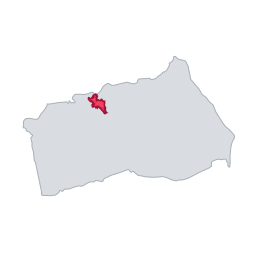 location of Nanumba South, Northern, Ghana, rotated 259°
{"feature_id": "2480657B24752518727633", "entity_name": "Nanumba South", "entity_type": "district", "adm_level": 2, "iso_a3": "GHA", "parent_name": "Ghana", "parent_adm1": "Northern", "projection": "natural_earth1", "projection_center": [0.077, 8.766], "detail": "fine", "context": "in_parent", "style": "filled", "palette": "rose", "viewbox_px": 256, "rotation_deg": 259, "n_neighbors": 0, "source": "geoboundaries", "source_scale": "gbopen_adm2", "svg_char_len": 6379}
<svg xmlns="http://www.w3.org/2000/svg" viewBox="0 0 256 256"><g transform="rotate(259 128 128)"><path d="M154.6,26.8L156.3,28.7L156.7,29.9L156.1,34.0L154.8,36.9L154.0,39.7L154.1,41.0L154.9,42.4L157.6,44.5L158.9,45.9L160.6,48.1L162.4,50.1L165.6,52.8L167.0,53.3L166.9,54.0L166.5,55.1L166.2,65.1L165.9,67.7L165.7,69.0L165.4,72.7L165.1,73.2L164.5,73.2L163.9,73.3L163.8,74.1L164.0,74.8L165.9,75.4L165.5,75.9L164.1,76.5L163.4,77.6L163.7,78.9L162.9,79.9L163.1,80.6L163.6,81.1L164.5,80.9L166.7,79.2L167.7,79.0L168.8,79.4L171.0,82.0L171.1,83.3L170.2,87.7L169.3,91.1L169.2,95.6L170.1,98.2L170.0,99.6L169.0,100.8L166.8,102.5L166.9,103.7L167.9,105.9L169.8,108.4L173.5,111.5L175.4,115.5L175.5,117.1L174.3,118.8L173.0,120.2L172.6,122.2L173.2,135.6L170.3,141.5L170.3,143.1L170.6,145.0L171.3,146.2L172.8,146.5L174.0,147.7L173.6,151.7L173.0,155.9L172.9,157.9L172.5,158.9L171.3,159.7L170.9,161.0L171.2,162.6L171.0,163.8L171.6,165.3L172.9,167.3L175.1,172.1L175.9,172.5L176.3,173.5L176.0,174.5L176.9,176.6L179.2,178.7L181.7,180.6L183.7,180.8L184.2,182.5L185.5,184.6L186.5,185.5L188.0,186.1L189.3,186.5L189.3,188.2L187.1,189.5L185.5,191.3L184.4,194.1L182.8,197.2L177.2,198.8L175.1,198.8L163.6,198.9L153.0,205.0L146.8,207.1L143.0,210.6L137.9,213.0L134.4,215.9L127.0,217.3L114.9,222.0L111.1,223.8L107.2,227.0L101.0,230.8L98.5,230.8L93.7,227.2L90.0,225.5L81.0,222.8L74.3,221.7L71.1,220.6L70.2,220.4L71.0,219.1L72.8,219.0L74.8,219.4L76.3,218.4L78.5,218.3L79.0,217.3L79.2,214.7L79.2,212.7L80.0,211.7L80.2,209.3L79.1,203.9L78.3,203.3L74.4,202.6L74.1,201.5L73.4,200.4L72.7,197.6L71.8,193.5L70.5,188.4L67.9,179.9L67.2,177.0L66.8,173.9L66.7,170.3L67.2,168.9L67.1,167.1L66.9,165.2L68.8,160.9L72.4,155.7L73.2,153.8L73.8,152.4L73.9,150.5L74.6,144.4L76.4,137.0L77.4,134.2L78.2,132.7L79.1,130.2L79.3,129.1L82.7,126.2L84.2,125.4L84.5,124.3L84.0,123.0L84.2,122.2L85.0,121.7L86.3,121.4L87.2,120.2L85.8,111.1L84.7,102.0L84.6,101.2L83.9,99.9L83.3,96.2L82.1,94.0L80.6,93.3L80.6,91.3L82.2,87.8L82.6,85.7L81.8,85.1L81.7,83.5L82.3,80.9L82.0,79.3L81.7,77.6L80.1,73.7L79.7,70.8L80.5,69.2L80.5,65.6L79.6,60.0L79.5,56.5L80.1,55.0L79.8,53.6L78.6,52.3L78.5,51.0L79.6,49.8L79.4,48.8L78.2,48.1L77.0,46.3L76.0,43.6L76.3,39.3L78.2,31.3L78.4,30.6L80.6,30.6L80.6,31.0L87.3,30.9L94.9,30.8L104.0,30.7L112.3,30.6L112.7,30.2L114.1,29.8L122.5,30.6L127.7,30.2L129.9,30.5L131.6,31.0L135.2,30.7L137.1,30.9L138.6,32.9L139.2,32.9L140.0,32.0L141.4,31.1L142.9,30.3L144.0,28.7L144.6,27.5L145.6,27.8L146.9,27.7L147.8,26.7L148.2,25.2L154.6,26.8Z" fill="#d9dde1" stroke="#a8b0b8" stroke-width="1"/><path d="M146.6,107.9L146.5,108.0L146.4,108.2L146.5,108.3L146.6,108.6L146.8,108.6L147.0,108.6L146.9,108.7L146.8,108.8L146.9,109.2L147.2,109.6L147.2,109.9L147.3,109.8L147.5,109.8L147.7,109.7L147.7,109.8L147.8,109.8L147.8,110.0L147.9,109.7L148.0,109.6L148.2,109.3L148.3,109.3L148.2,109.4L148.2,109.5L148.5,109.4L148.6,109.2L148.8,109.0L149.0,109.2L149.0,109.5L149.1,109.3L149.3,109.3L149.3,109.1L149.6,109.0L149.9,108.9L149.9,108.7L150.0,108.5L150.3,108.6L150.3,108.9L150.5,109.0L150.9,109.1L151.0,109.1L151.0,109.3L151.0,109.5L151.3,109.5L151.3,109.3L151.5,109.3L151.6,109.1L151.8,109.3L151.8,109.2L152.0,108.9L152.0,109.0L152.1,109.3L153.1,109.3L153.1,109.5L153.3,109.5L153.4,109.4L153.9,109.4L154.5,109.1L154.8,109.1L155.5,109.3L156.0,109.3L156.4,109.5L156.6,109.8L157.2,109.8L157.7,109.9L157.8,109.8L158.0,109.9L158.1,110.0L158.3,110.0L158.4,109.9L158.6,110.0L158.6,109.9L158.7,110.0L158.8,109.8L159.1,109.1L159.2,108.6L159.3,108.5L159.5,107.9L159.6,107.7L160.0,107.5L160.3,107.7L160.5,108.0L161.0,107.8L161.2,107.6L161.2,107.3L161.2,107.1L160.7,106.9L160.5,106.7L160.3,106.3L160.2,105.9L160.3,105.4L160.6,105.0L161.1,104.4L161.4,104.2L161.5,104.0L161.5,103.8L161.5,103.7L161.0,102.6L161.1,102.3L161.0,102.2L161.3,102.2L161.2,102.2L161.2,102.3L161.4,102.4L161.5,102.4L161.5,102.6L161.4,102.9L161.5,103.0L161.6,102.9L161.7,103.0L162.0,103.0L162.0,102.9L162.4,102.7L162.6,102.8L162.9,102.7L163.1,102.8L163.1,103.0L163.3,103.1L163.5,102.9L163.7,103.0L163.9,103.1L163.9,103.3L164.2,103.6L164.3,103.6L164.4,103.3L164.5,103.4L164.5,103.1L164.7,103.3L164.8,103.4L164.8,103.6L165.0,103.5L165.1,103.3L165.3,103.4L165.4,103.5L165.6,103.4L165.8,103.4L165.9,103.5L166.0,103.8L166.4,103.8L166.4,103.6L166.2,103.4L166.0,103.2L166.7,103.3L166.8,103.3L167.0,103.2L166.8,102.7L167.0,102.7L167.4,102.7L167.5,102.6L167.5,102.4L167.4,102.6L167.4,102.4L167.2,102.4L167.0,102.2L166.9,102.1L167.0,101.9L167.0,101.7L167.0,101.4L167.1,101.2L167.0,100.9L166.9,100.8L166.8,100.7L166.8,100.3L166.6,100.3L166.5,100.1L166.1,99.6L165.6,99.3L165.4,99.1L165.4,99.6L165.4,100.0L165.3,100.3L165.1,100.4L164.8,100.1L164.6,99.8L164.4,99.7L164.4,99.4L164.3,99.2L164.1,99.0L164.2,98.8L164.0,98.7L164.0,98.0L163.9,97.3L163.9,97.1L164.1,96.9L164.2,96.6L164.5,96.1L165.1,95.5L165.0,95.4L165.2,95.2L164.9,94.9L164.4,94.7L164.2,94.6L163.5,94.8L163.3,94.9L163.2,94.9L162.8,95.2L162.6,95.6L162.2,95.6L161.5,95.9L161.4,96.2L161.7,97.2L161.7,97.4L161.6,97.5L161.4,97.6L161.3,97.4L161.2,97.4L161.2,97.2L160.9,97.1L160.6,97.0L160.6,97.3L160.7,97.6L160.6,97.8L160.6,98.0L160.4,98.2L160.4,98.3L160.4,98.5L160.2,98.7L159.9,98.6L159.7,98.6L159.4,98.5L159.3,98.4L159.2,98.6L158.8,98.6L158.7,98.5L158.4,98.5L158.5,98.9L158.4,99.3L158.4,99.5L158.2,99.7L157.9,99.7L157.7,99.6L157.5,99.0L157.5,98.7L158.1,98.5L158.1,97.9L158.0,97.5L157.9,97.3L157.6,97.3L157.4,97.4L157.3,97.5L157.0,97.6L156.7,97.7L156.2,97.3L155.9,97.3L155.9,97.2L156.0,97.1L155.8,97.1L155.6,97.1L155.4,97.3L155.4,97.5L155.5,97.5L155.4,97.6L155.6,97.7L155.8,97.9L155.6,99.5L153.8,100.3L153.8,100.6L154.0,101.0L154.0,101.5L153.9,101.5L153.7,101.7L153.8,101.8L153.7,101.9L153.7,102.0L153.8,102.0L153.7,101.9L153.8,101.9L154.0,101.9L154.3,101.8L154.5,101.7L154.8,101.7L154.7,101.4L154.8,101.2L155.0,101.3L155.1,101.5L155.2,101.8L154.9,102.5L155.0,102.6L155.0,102.8L154.9,102.9L154.8,103.0L154.8,102.9L154.5,103.3L154.2,103.4L154.2,103.5L153.6,103.7L153.5,103.8L153.4,104.1L153.2,104.1L153.2,104.3L152.9,104.4L152.9,104.7L152.7,104.8L152.2,104.9L152.2,105.1L151.9,105.0L151.7,105.1L151.7,105.3L151.4,105.2L151.1,105.4L150.9,105.6L150.8,105.8L150.7,105.8L150.6,105.7L150.4,105.8L150.4,106.1L150.0,106.2L150.0,106.4L149.9,106.4L149.7,106.3L149.5,106.6L149.4,106.7L149.2,106.6L148.8,106.9L148.7,107.0L148.3,107.0L147.4,107.4L147.2,107.9L147.0,108.1L146.9,108.2L146.7,108.1L146.6,107.9Z" fill="#f43f5e" stroke="#9f1239" stroke-width="1.5"/></g></svg>